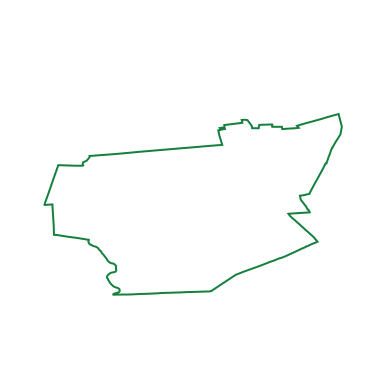 outline of Valeni, Olt, Romania, rotated 20°
{"feature_id": "2599482B13933733442001", "entity_name": "Valeni", "entity_type": "district", "adm_level": 2, "iso_a3": "ROU", "parent_name": "Romania", "parent_adm1": "Olt", "projection": "robinson", "projection_center": [24.773, 44.228], "detail": "fine", "context": "isolated", "style": "outline", "palette": "green", "viewbox_px": 384, "rotation_deg": 20, "n_neighbors": 0, "source": "geoboundaries", "source_scale": "gbopen_adm2", "svg_char_len": 5952}
<svg xmlns="http://www.w3.org/2000/svg" viewBox="0 0 384 384"><g transform="rotate(20 192 192)"><path d="M244.1,278.5L244.4,277.9L253.6,265.4L261.4,254.9L268.4,248.7L280.0,239.1L290.3,230.1L293.0,228.0L293.1,227.8L297.2,224.1L297.5,224.1L299.1,222.8L301.9,220.3L305.8,216.4L308.4,213.9L309.2,213.1L310.2,212.0L311.5,210.8L312.3,209.9L313.3,209.0L314.0,208.1L316.4,206.0L317.2,205.2L317.6,204.8L318.1,204.0L318.3,203.8L319.4,203.2L319.6,203.0L319.9,202.5L320.4,201.9L321.2,201.2L321.9,200.4L322.2,200.1L323.0,199.5L323.3,199.2L323.5,199.0L324.4,198.2L325.2,197.5L325.5,197.2L325.8,196.9L326.3,196.3L326.6,196.0L326.9,195.8L325.5,194.9L324.7,194.5L323.7,194.0L323.2,193.7L322.9,193.5L322.8,193.3L322.6,193.1L322.4,193.0L322.0,192.8L321.7,192.8L320.3,192.2L319.9,192.0L318.0,191.2L316.5,190.7L316.0,190.4L315.4,190.2L313.5,189.5L312.5,189.1L311.6,188.8L311.3,188.7L310.3,188.1L309.4,187.9L308.8,187.5L308.5,187.4L308.1,187.3L306.5,186.6L304.7,185.9L303.5,185.4L302.3,184.9L301.9,184.8L301.5,184.7L298.3,183.3L297.9,183.2L297.4,183.0L297.2,182.9L295.6,182.3L294.7,182.0L293.4,181.4L292.4,181.0L291.1,180.2L290.1,179.5L291.5,178.8L300.2,175.0L305.2,172.8L309.6,170.9L309.5,170.6L309.1,170.2L308.7,170.0L308.4,169.8L307.6,168.9L307.4,168.8L307.2,168.8L306.9,168.9L306.6,168.9L305.9,168.2L304.9,167.3L304.5,166.9L304.0,166.4L303.7,166.2L303.1,166.0L302.3,165.6L301.9,165.3L300.4,164.2L300.0,164.0L299.3,163.6L298.9,163.4L297.5,162.5L297.1,162.2L296.9,161.9L296.5,161.5L296.1,161.0L295.2,159.4L294.7,158.5L295.7,158.1L296.1,157.9L298.5,156.5L298.9,156.3L301.0,154.8L301.4,154.6L302.5,153.9L302.8,153.7L302.7,153.6L303.0,152.6L303.3,150.2L303.4,149.7L303.5,148.4L303.7,147.2L303.9,146.2L304.0,145.3L304.1,145.0L304.1,144.6L304.3,143.1L304.7,140.3L305.1,138.0L305.7,134.3L307.1,125.3L307.6,120.9L307.7,120.0L307.8,119.3L308.6,119.1L308.5,118.1L308.5,116.4L308.4,113.2L308.4,111.4L308.5,110.5L308.5,109.2L308.5,108.2L308.5,107.3L308.4,106.6L308.5,103.6L308.5,103.0L308.6,102.3L308.8,102.3L308.8,102.2L309.5,98.0L310.0,95.3L310.5,93.0L310.9,91.4L311.2,89.8L311.7,87.5L311.7,87.1L311.7,86.5L311.4,84.8L310.6,80.1L310.5,79.6L310.4,79.3L309.2,77.5L308.0,75.8L307.5,75.0L306.9,74.2L306.0,72.9L305.3,71.8L304.5,70.7L303.1,68.6L302.8,68.8L299.4,71.2L292.7,76.0L288.9,78.9L286.8,80.4L282.7,83.3L281.6,84.1L279.9,85.3L278.5,86.3L277.4,87.0L276.6,87.6L275.1,88.6L274.3,89.3L268.0,93.9L270.3,95.2L268.9,95.9L267.2,96.7L265.2,97.6L264.6,98.0L263.9,98.2L263.1,98.5L259.3,100.2L256.5,101.5L255.3,102.0L254.7,100.9L254.5,100.5L254.2,100.0L249.7,101.6L245.2,103.3L244.9,103.2L244.7,102.7L244.7,102.2L244.5,101.3L244.4,101.2L244.2,101.1L232.3,105.9L232.5,107.5L232.8,109.3L226.7,111.5L226.2,110.7L225.6,109.6L225.3,109.3L224.7,108.8L222.6,107.5L221.2,106.6L219.6,105.5L218.5,105.7L217.8,105.8L215.5,106.6L214.6,107.2L214.1,107.3L214.8,108.3L215.6,109.7L215.2,110.0L212.6,111.4L212.0,111.6L210.8,112.3L208.3,113.5L207.3,114.0L204.6,115.4L204.0,115.7L202.6,116.4L201.5,117.0L200.9,117.3L200.3,117.6L199.4,118.1L199.7,118.7L200.5,120.1L196.1,122.4L196.9,123.4L201.1,121.2L201.4,121.6L197.2,123.7L197.4,124.1L195.6,125.1L198.5,129.7L204.3,137.4L201.5,138.7L198.9,139.8L197.3,140.6L194.1,142.0L181.0,148.1L132.1,170.7L119.4,176.7L108.6,181.8L83.4,193.2L83.8,193.8L83.8,194.0L83.8,194.4L83.3,195.9L82.8,197.4L82.1,198.8L79.5,201.5L79.5,202.1L79.8,203.1L80.7,204.3L80.5,204.5L78.4,205.4L73.1,207.3L57.2,212.5L57.1,212.9L57.2,214.4L57.3,222.2L57.3,225.1L57.3,226.5L57.3,227.3L57.3,228.5L57.4,229.8L57.4,230.8L57.4,231.7L57.5,235.3L57.5,239.0L57.5,239.7L57.5,240.0L57.6,240.4L57.6,240.8L57.6,241.5L57.6,242.9L57.6,244.8L57.6,247.8L57.6,249.2L57.6,250.9L57.6,251.8L57.6,252.5L57.6,253.1L57.7,254.0L57.7,254.4L57.9,254.6L59.9,253.7L61.0,253.2L62.4,252.6L65.1,251.4L65.5,252.4L65.6,252.7L65.8,253.3L66.3,254.4L66.6,255.1L67.3,256.6L67.8,257.7L68.2,258.7L68.5,259.3L68.7,259.8L73.8,271.5L76.9,279.4L77.7,279.2L80.3,278.5L90.2,276.6L96.5,275.2L99.1,274.6L105.4,273.4L110.1,272.5L111.4,272.2L111.5,272.5L111.5,272.9L111.5,273.6L111.5,273.8L111.6,274.1L111.8,274.4L112.1,274.7L112.5,275.1L112.7,275.3L113.3,275.8L113.5,275.9L113.7,276.1L114.0,276.1L114.4,276.2L114.6,276.2L115.1,276.1L115.3,276.2L115.8,276.2L117.1,276.5L117.7,276.5L118.3,276.5L120.6,276.3L120.8,276.4L121.3,276.4L121.9,276.6L122.4,276.7L122.8,276.9L123.4,277.1L123.5,277.2L123.7,277.4L123.8,277.6L124.1,277.8L124.7,278.1L125.0,278.2L125.4,278.4L126.4,278.7L126.7,278.9L127.3,279.3L127.4,279.5L127.5,279.6L128.0,280.1L128.4,280.4L129.1,280.7L130.0,281.1L130.3,281.2L131.2,281.8L131.8,282.3L132.2,282.5L133.0,283.0L133.6,283.3L133.8,283.5L134.1,283.6L134.8,284.2L135.3,284.7L135.9,285.1L136.3,285.3L137.0,285.7L137.5,286.0L138.0,286.2L138.5,286.3L139.3,286.4L140.0,286.5L140.7,286.5L141.5,286.4L141.8,286.3L142.5,286.2L143.0,286.2L143.4,286.3L145.0,286.9L145.7,287.3L146.0,287.5L146.1,287.8L146.3,288.3L146.4,288.8L146.4,289.2L146.6,289.6L146.9,290.2L147.2,290.6L147.4,291.0L147.6,291.4L147.7,291.8L147.6,292.2L147.4,292.8L147.2,293.2L146.8,293.5L146.3,293.9L145.5,294.4L144.5,294.9L143.6,295.6L142.9,296.3L142.6,296.6L142.0,297.8L141.6,298.4L141.4,298.8L141.2,299.2L141.1,300.2L141.2,301.1L141.3,301.4L141.5,301.7L141.7,301.9L142.1,302.1L142.5,302.2L142.8,302.4L143.0,302.9L143.8,303.7L144.6,304.1L145.1,304.5L145.5,305.1L146.1,305.5L146.9,305.9L148.1,306.5L149.5,307.1L150.4,307.5L151.2,307.6L152.3,307.7L153.0,307.7L153.9,307.6L154.9,307.6L155.8,307.7L156.6,307.9L157.0,308.1L157.5,308.9L157.9,309.6L157.9,310.1L157.9,310.5L157.7,310.9L157.3,311.4L155.9,312.6L155.1,313.1L154.2,313.7L153.4,314.5L153.0,315.1L153.2,315.4L153.5,315.3L156.0,314.3L157.3,313.8L158.4,313.4L163.9,311.3L165.7,310.7L167.2,310.1L169.5,309.2L173.8,307.4L175.8,306.6L176.2,306.4L178.0,305.6L183.9,303.3L191.9,300.0L194.5,298.9L197.3,297.6L202.5,295.5L207.6,293.5L212.2,291.6L215.1,290.5L217.6,289.4L218.6,289.0L220.1,288.4L220.6,288.1L225.8,286.1L242.8,279.3L243.2,279.0L243.6,278.6L244.1,278.5Z" fill="none" stroke="#15803d" stroke-width="2"/></g></svg>